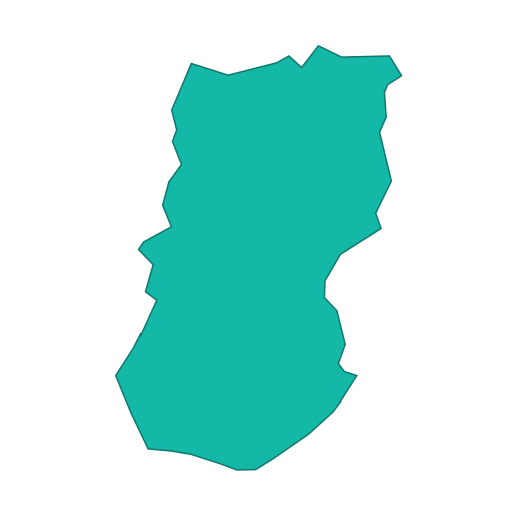 SVG path tracing the border of Mid Ulster, rotated 95°
{"feature_id": "GBR-2091", "entity_name": "Mid Ulster", "entity_type": "Province", "adm_level": 1, "iso_a3": "GBR", "parent_name": "United Kingdom", "parent_adm1": "", "projection": "mercator", "projection_center": [-6.696, 54.64], "detail": "fine", "context": "isolated", "style": "filled", "palette": "teal", "viewbox_px": 512, "rotation_deg": 95, "n_neighbors": 0, "source": "natural_earth", "source_scale": "10m", "svg_char_len": 843}
<svg xmlns="http://www.w3.org/2000/svg" viewBox="0 0 512 512"><g transform="rotate(95 256 256)"><path d="M118.0,352.7L69.9,337.2L78.3,299.7L61.9,252.6L53.9,240.6L64.3,227.0L41.2,212.2L50.4,188.1L45.1,140.5L63.7,126.7L73.8,139.8L81.8,142.3L106.3,138.4L121.9,143.7L169.5,127.7L202.9,140.5L217.7,133.8L247.0,172.1L274.9,185.2L291.5,184.2L303.5,170.7L336.3,159.4L356.0,164.6L363.4,157.9L366.4,145.2L392.8,159.0L393.8,159.5L393.9,159.0L404.8,165.8L411.4,171.9L428.9,188.1L456.3,221.1L468.8,237.7L470.8,256.3L465.9,274.2L459.2,303.7L457.6,324.5L457.6,346.6L456.8,347.1L423.5,366.7L389.8,384.1L387.4,385.3L358.7,370.3L343.7,364.3L344.9,363.7L308.7,351.0L301.3,363.0L273.6,357.7L259.7,373.6L251.9,369.3L234.3,342.8L213.6,353.4L189.6,349.2L171.3,338.2L149.2,349.2L137.3,346.0L118.0,352.7Z" fill="#14b8a6" stroke="#0f766e" stroke-width="1.5"/></g></svg>